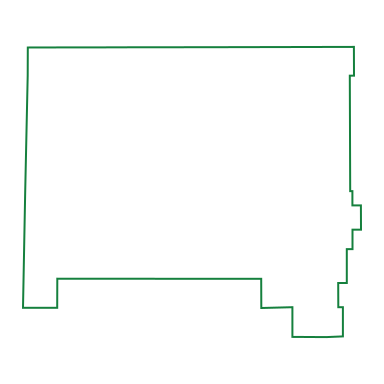 Hill, Montana, United States of America (Equal Earth projection)
{"feature_id": "52423323B64046632400523", "entity_name": "Hill", "entity_type": "district", "adm_level": 2, "iso_a3": "USA", "parent_name": "United States of America", "parent_adm1": "Montana", "projection": "equal_earth", "projection_center": [-109.883, 48.566], "detail": "fine", "context": "isolated", "style": "outline", "palette": "green", "viewbox_px": 384, "rotation_deg": 0, "n_neighbors": 0, "source": "geoboundaries", "source_scale": "gbopen_adm2", "svg_char_len": 562}
<svg xmlns="http://www.w3.org/2000/svg" viewBox="0 0 384 384"><path d="M353.9,46.9L306.9,47.0L213.0,47.2L126.5,47.3L96.5,47.4L82.9,47.4L71.0,47.4L27.8,47.5L27.7,75.6L25.2,191.6L23.0,307.8L57.2,307.8L57.3,278.7L204.4,278.8L217.3,278.8L261.2,278.8L261.3,308.0L292.4,307.2L292.4,332.1L292.4,336.9L326.2,337.1L342.9,336.4L342.9,307.2L338.3,307.2L338.2,283.0L346.8,283.0L346.8,249.1L352.5,249.1L352.5,229.7L361.0,229.7L360.9,205.4L352.4,205.4L352.4,192.8L352.4,191.1L350.2,191.1L349.8,75.7L354.0,75.7L353.9,46.9Z" fill="none" stroke="#15803d" stroke-width="2"/></svg>